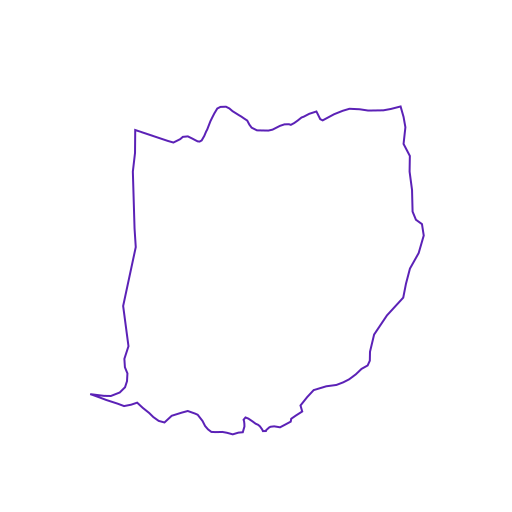 the district of Bocaranga, Ouham-Pendé, Central African Republic, rotated 198°
{"feature_id": "33826404B56355179164788", "entity_name": "Bocaranga", "entity_type": "district", "adm_level": 2, "iso_a3": "CAF", "parent_name": "Central African Republic", "parent_adm1": "Ouham-Pendé", "projection": "mercator", "projection_center": [15.797, 6.756], "detail": "fine", "context": "isolated", "style": "outline", "palette": "violet", "viewbox_px": 512, "rotation_deg": 198, "n_neighbors": 0, "source": "geoboundaries", "source_scale": "gbopen_adm2", "svg_char_len": 1903}
<svg xmlns="http://www.w3.org/2000/svg" viewBox="0 0 512 512"><g transform="rotate(198 256 256)"><path d="M243.2,412.1L249.3,407.7L253.7,403.2L255.5,401.8L258.2,397.7L260.8,394.2L263.4,391.5L265.4,391.5L269.6,390.0L273.4,387.2L279.3,381.3L283.0,379.1L293.9,375.8L299.8,376.7L302.9,378.9L306.2,382.1L309.5,383.0L313.2,384.1L315.5,384.6L323.1,386.5L326.9,388.1L330.7,388.7L335.9,386.8L338.4,384.3L339.7,378.7L340.4,374.3L341.0,370.1L341.2,366.6L341.5,361.1L341.9,359.0L342.3,354.2L343.4,349.1L345.0,347.4L346.9,347.0L348.3,347.2L352.9,348.0L357.8,348.7L362.4,346.7L364.2,343.7L369.6,338.4L375.4,338.2L409.8,338.5L402.9,316.6L399.2,298.2L380.0,244.6L373.1,227.3L366.9,167.4L349.4,130.8L349.4,117.5L346.3,109.7L342.0,104.6L340.0,97.1L340.0,90.7L343.4,84.1L350.8,78.0L357.4,76.0L371.0,73.4L368.6,73.4L360.3,73.1L354.0,72.8L349.1,72.8L342.0,72.8L335.1,72.5L328.8,76.0L323.7,79.8L316.8,76.6L309.1,73.7L303.9,71.1L297.6,69.1L291.6,69.4L286.8,78.0L278.2,84.1L273.0,87.5L265.3,87.3L262.4,87.0L255.9,82.6L251.9,78.6L248.1,76.3L244.1,74.9L240.1,76.0L233.5,78.3L229.0,78.9L223.0,79.2L218.1,82.6L214.1,84.3L214.3,90.2L215.2,92.8L216.3,95.2L217.2,96.4L216.1,99.2L213.0,99.0L208.1,97.6L204.6,96.4L201.8,96.1L199.6,95.2L196.5,92.9L195.3,91.6L192.5,92.6L192.5,93.5L190.5,97.0L189.4,98.1L186.1,99.6L183.0,100.1L180.2,100.5L176.2,104.6L171.8,109.2L172.2,112.1L168.7,116.7L164.0,122.4L167.5,127.6L163.7,137.7L159.7,146.3L148.9,153.8L139.7,158.2L134.0,162.8L129.4,167.4L124.5,174.3L120.8,181.2L116.0,186.4L115.4,191.6L118.0,200.2L119.4,217.8L113.1,240.0L103.1,261.9L104.8,276.0L105.7,291.6L102.2,309.1L102.8,327.3L108.0,337.6L115.1,339.9L120.8,346.6L128.0,367.0L136.0,383.7L140.6,398.7L150.3,408.2L153.7,424.6L158.6,433.8L164.7,442.9L173.2,437.5L179.9,433.9L194.2,429.0L202.7,427.6L212.6,424.9L218.4,420.9L225.5,415.0L234.5,405.6L237.2,406.0L240.8,409.7L243.2,412.1Z" fill="none" stroke="#5b21b6" stroke-width="2"/></g></svg>